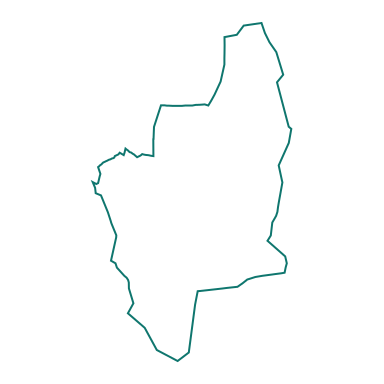 outline of Atakunmosa East, Osun, Nigeria
{"feature_id": "59680162B38390932765307", "entity_name": "Atakunmosa East", "entity_type": "district", "adm_level": 2, "iso_a3": "NGA", "parent_name": "Nigeria", "parent_adm1": "Osun", "projection": "equal_earth", "projection_center": [4.735, 7.438], "detail": "fine", "context": "isolated", "style": "outline", "palette": "teal", "viewbox_px": 384, "rotation_deg": 0, "n_neighbors": 0, "source": "geoboundaries", "source_scale": "gbopen_adm2", "svg_char_len": 1805}
<svg xmlns="http://www.w3.org/2000/svg" viewBox="0 0 384 384"><path d="M284.6,272.7L285.7,267.3L286.8,263.3L285.2,256.4L267.5,240.8L270.8,235.5L272.3,222.5L276.1,215.9L277.4,211.9L278.0,207.2L278.8,202.4L282.2,183.5L282.4,182.4L281.9,180.3L278.7,165.4L288.8,142.9L291.3,128.9L288.7,126.7L277.0,82.3L283.2,74.7L276.3,52.1L269.5,42.3L264.9,33.0L261.5,23.0L243.7,25.6L236.8,34.8L224.5,37.1L224.6,45.2L224.5,53.6L224.4,58.2L224.4,64.6L220.6,81.6L219.1,84.8L214.7,94.3L214.4,94.9L211.3,100.5L208.3,105.5L204.7,104.4L202.3,104.6L199.3,104.8L195.7,104.9L192.5,105.5L189.6,105.5L187.7,105.5L185.6,105.5L181.6,105.9L177.6,105.9L173.2,105.9L169.4,105.7L167.1,105.7L164.3,105.3L161.0,105.3L154.0,126.9L153.5,139.8L153.3,138.4L153.4,156.1L151.9,155.9L150.2,155.6L149.1,155.3L147.7,155.1L146.3,155.0L145.0,154.8L143.6,154.5L142.2,154.1L141.2,155.0L140.2,155.7L137.1,157.2L133.8,154.3L132.6,153.7L131.3,152.6L129.6,152.1L127.9,150.4L126.7,149.6L125.5,148.6L124.5,152.8L123.7,155.1L122.0,154.1L120.7,153.3L119.7,152.7L118.4,154.4L116.9,155.1L114.8,156.1L114.3,157.5L113.5,158.1L111.9,158.5L110.5,159.3L108.8,159.8L107.2,160.7L106.0,161.2L104.6,161.9L103.2,162.5L102.2,163.5L101.4,164.4L100.0,165.3L99.1,166.3L98.1,167.1L100.4,173.9L99.7,176.3L98.1,183.1L96.3,184.0L92.7,182.1L95.1,187.8L95.4,190.3L95.7,193.2L101.0,195.4L107.9,212.3L110.7,220.9L111.2,222.7L111.6,223.8L116.3,235.3L116.2,237.3L111.0,260.7L115.5,263.3L116.9,267.6L124.4,275.9L126.6,277.7L128.1,280.0L128.8,282.5L128.9,288.4L133.4,303.3L127.9,313.3L144.7,327.8L156.8,350.0L177.6,361.0L185.4,355.1L188.8,352.5L195.1,304.6L197.7,291.2L199.7,291.0L200.1,291.0L222.4,288.5L227.2,287.9L237.5,286.8L242.8,283.1L247.3,279.5L248.7,279.1L255.3,277.0L262.4,275.8L272.2,274.5L274.3,274.2L281.2,273.3L284.6,272.7Z" fill="none" stroke="#0f766e" stroke-width="2"/></svg>